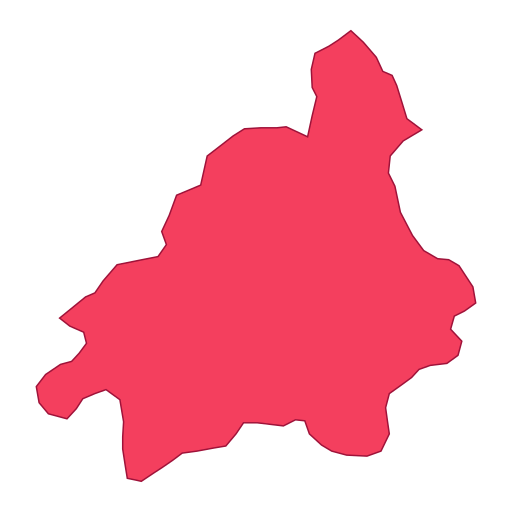 outline of Galateia, Cyprus
{"feature_id": "46923920B49628554196420", "entity_name": "Galateia", "entity_type": "district", "adm_level": 2, "iso_a3": "CYP", "parent_name": "Cyprus", "parent_adm1": "", "projection": "equal_earth", "projection_center": [34.075, 35.428], "detail": "fine", "context": "isolated", "style": "filled", "palette": "rose", "viewbox_px": 512, "rotation_deg": 0, "n_neighbors": 0, "source": "geoboundaries", "source_scale": "gbopen_adm2", "svg_char_len": 1373}
<svg xmlns="http://www.w3.org/2000/svg" viewBox="0 0 512 512"><path d="M36.3,386.6L39.1,402.7L48.4,413.8L67.0,418.8L76.3,408.7L82.8,398.7L94.8,393.6L106.0,389.6L119.9,399.7L123.6,421.8L122.7,436.9L122.7,449.0L125.5,467.2L127.3,478.3L136.0,480.1L141.3,481.3L153.4,473.2L162.6,467.2L172.9,460.1L182.2,453.1L197.0,451.1L213.7,448.0L225.8,446.0L236.0,433.9L243.5,422.8L257.4,422.8L283.4,425.9L295.5,419.8L304.8,420.8L309.4,433.9L321.5,445.0L331.7,451.1L346.6,455.1L367.0,456.1L381.0,451.1L389.3,433.9L387.4,420.8L385.6,407.7L389.3,393.6L400.5,385.6L411.6,377.5L419.0,369.4L430.2,365.4L446.9,363.4L458.0,355.3L461.8,341.2L450.6,329.2L454.3,316.1L464.5,311.0L475.7,303.0L472.9,286.9L459.0,265.7L448.7,259.7L437.6,258.7L423.7,250.6L412.5,235.5L400.4,212.3L394.9,186.2L388.4,173.1L390.2,156.0L403.2,140.9L421.8,129.8L406.9,118.7L402.3,103.6L396.7,85.5L392.1,75.4L382.8,71.4L376.3,57.3L363.3,42.2L350.9,30.7L350.3,31.1L338.2,40.2L328.9,46.2L315.0,53.3L311.3,69.4L312.2,87.5L316.8,96.6L312.2,115.7L307.6,136.8L286.2,126.8L276.9,127.8L261.1,127.8L244.4,128.8L233.3,135.8L220.3,145.9L207.2,156.0L200.7,185.1L176.6,195.2L169.2,215.4L161.7,231.5L166.4,244.6L158.0,256.6L142.2,259.7L117.1,264.7L103.2,280.8L94.9,292.9L85.6,296.9L59.6,318.1L69.8,326.1L83.7,332.2L86.5,343.3L79.1,353.3L71.6,361.4L60.5,364.4L45.6,374.5L36.3,386.6Z" fill="#f43f5e" stroke="#9f1239" stroke-width="1.5"/></svg>